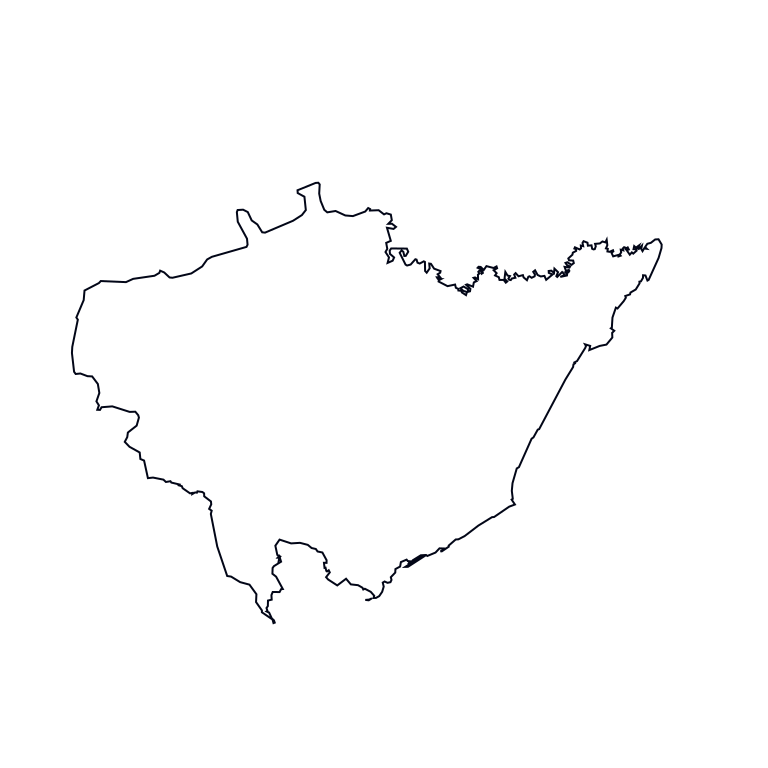 the district of Aceh Timur, Aceh, Indonesia, rotated 78°
{"feature_id": "22746128B94735591859977", "entity_name": "Aceh Timur", "entity_type": "district", "adm_level": 2, "iso_a3": "IDN", "parent_name": "Indonesia", "parent_adm1": "Aceh", "projection": "albers", "projection_center": [97.761, 4.703], "detail": "fine", "context": "isolated", "style": "outline", "palette": "ink", "viewbox_px": 768, "rotation_deg": 78, "n_neighbors": 0, "source": "geoboundaries", "source_scale": "gbopen_adm2", "svg_char_len": 6161}
<svg xmlns="http://www.w3.org/2000/svg" viewBox="0 0 768 768"><g transform="rotate(78 384 384)"><path d="M594.9,541.8L594.7,540.5L592.3,540.8L589.9,542.5L583.7,543.9L582.0,546.2L581.6,545.2L578.7,545.5L577.1,543.8L571.7,542.5L571.6,538.7L567.1,538.0L564.3,536.1L565.8,529.4L563.3,527.3L563.5,525.6L550.0,529.6L546.4,532.6L540.8,531.2L539.3,529.6L536.4,521.6L533.6,521.9L534.8,523.6L532.2,522.5L531.8,524.1L530.5,522.3L532.0,522.1L531.2,521.3L529.0,523.9L519.6,523.9L514.5,518.5L520.6,508.0L521.9,499.2L525.5,492.0L529.4,488.9L531.2,485.0L534.0,483.8L536.0,479.3L544.4,476.8L547.0,477.4L546.4,479.9L551.5,480.4L551.5,479.4L554.8,479.3L555.5,478.7L554.7,476.8L557.0,476.2L560.9,480.8L563.6,479.3L571.3,471.6L566.6,461.6L573.1,458.1L575.4,451.2L578.8,447.4L580.7,447.0L580.3,445.3L584.5,440.2L589.1,437.6L591.1,438.8L591.6,436.4L590.5,432.8L586.9,429.0L582.1,426.4L578.0,426.5L577.3,424.5L579.2,421.9L579.2,418.9L577.2,417.4L574.4,417.5L570.8,412.2L567.4,411.3L565.9,406.2L561.7,404.5L560.5,398.4L562.1,397.6L563.4,393.7L562.4,392.5L559.2,383.6L560.0,378.4L561.2,377.4L559.6,368.7L556.3,363.9L557.7,358.2L559.5,363.6L559.7,362.2L556.6,354.5L555.5,354.3L551.0,346.2L551.4,343.5L549.5,336.7L542.1,321.1L536.7,306.0L537.0,304.0L530.0,287.0L529.1,281.0L523.6,283.2L523.1,281.9L515.1,281.2L507.7,278.9L494.2,271.7L493.4,269.3L468.2,251.0L467.3,248.9L460.6,243.1L460.4,241.6L417.3,205.6L406.7,195.5L404.2,194.6L403.5,192.9L402.5,193.3L401.7,190.4L390.6,179.7L388.8,178.5L387.0,179.1L389.6,174.4L393.5,176.1L391.6,165.1L391.7,158.2L386.0,151.0L381.4,150.2L379.8,147.7L376.7,150.5L376.2,149.4L366.5,146.7L357.5,141.3L358.7,139.9L352.7,132.2L349.9,129.5L348.1,129.7L347.5,124.7L345.8,123.9L343.9,118.1L338.7,113.1L337.0,112.9L337.0,111.3L334.0,108.6L331.5,108.0L332.2,105.7L337.6,104.8L337.2,103.5L317.8,89.2L308.7,84.3L305.3,83.4L299.5,85.4L299.0,88.7L301.4,93.6L301.6,97.3L304.4,100.2L306.4,98.8L305.5,101.4L307.8,103.5L305.4,104.3L302.3,103.0L304.9,106.7L304.2,107.7L301.4,105.6L303.0,109.2L301.1,110.6L304.0,111.9L304.7,109.5L306.1,109.2L308.3,113.1L306.8,114.2L308.6,116.7L303.6,118.8L303.3,116.6L301.1,117.2L302.7,120.4L301.3,118.8L300.1,120.7L301.2,122.4L303.0,122.2L301.9,124.5L304.7,124.7L306.4,126.6L307.7,125.9L308.0,128.2L306.5,128.2L306.8,133.3L302.9,134.2L302.0,132.1L300.8,132.2L301.6,135.9L300.8,137.9L298.3,137.0L297.5,138.7L294.7,136.7L289.2,136.2L291.5,138.0L290.0,140.7L291.4,143.7L290.8,148.4L293.3,148.2L295.9,149.8L295.9,151.1L295.0,152.3L291.5,152.2L291.1,155.8L288.1,155.6L285.8,159.1L287.3,160.5L290.6,160.5L289.5,162.7L292.3,163.1L293.1,164.6L290.0,168.8L291.1,169.6L292.1,168.1L293.8,168.4L294.8,172.0L296.7,172.8L299.5,177.6L301.5,177.3L302.6,173.3L305.2,173.2L306.4,175.7L303.0,179.4L303.3,181.3L305.8,180.3L307.7,177.5L308.7,178.4L307.0,183.0L311.1,182.5L310.9,179.5L311.9,179.2L313.1,180.4L312.6,183.2L314.5,182.0L315.9,182.5L315.9,189.3L314.9,184.4L311.5,186.5L315.3,192.3L314.3,193.0L310.8,190.5L306.6,193.3L310.7,194.6L307.9,196.8L307.7,199.4L309.6,199.7L311.9,196.3L315.8,203.7L311.6,204.6L311.4,208.3L309.3,211.1L304.2,212.6L305.3,214.7L308.4,213.6L310.0,214.3L310.8,217.5L308.9,219.3L309.1,220.5L312.2,222.6L308.7,225.3L306.4,225.5L306.6,230.0L302.9,232.2L304.0,233.9L307.4,233.4L307.4,237.0L308.7,238.4L308.0,240.0L306.8,240.4L304.6,238.4L303.6,240.6L299.6,242.0L306.0,244.2L309.3,242.1L310.2,243.8L307.1,245.3L306.2,249.4L303.4,249.5L300.9,252.8L299.0,250.8L295.5,253.1L294.3,249.3L292.4,249.5L293.3,252.7L290.0,259.3L293.2,262.7L289.6,265.1L289.0,267.1L289.8,268.2L292.4,264.6L295.9,264.2L296.4,265.5L293.3,265.6L293.1,267.3L293.9,268.4L295.7,267.7L296.6,269.4L301.0,270.2L298.7,272.8L298.8,274.3L302.6,272.0L303.3,275.0L307.3,276.7L303.8,281.9L304.0,283.1L308.9,279.7L311.2,280.6L311.3,282.5L308.7,282.2L305.2,285.9L306.2,289.4L309.5,286.9L311.2,283.7L314.1,285.3L310.6,288.8L308.9,289.0L308.0,291.8L306.4,291.6L304.8,293.7L301.5,293.8L301.5,301.5L295.1,309.3L293.9,308.8L293.2,306.3L292.3,309.5L290.6,310.1L291.1,307.0L287.8,308.7L286.8,305.9L285.3,305.2L281.6,311.0L276.2,313.1L275.6,314.7L280.4,315.3L284.0,319.1L282.0,320.3L273.1,318.6L272.3,319.6L273.6,324.0L272.3,326.0L269.1,326.3L268.5,327.4L272.7,333.1L272.9,336.8L271.7,338.1L258.9,341.4L257.0,339.0L258.7,337.6L263.0,337.5L263.2,336.1L259.7,332.8L256.3,333.5L252.9,348.8L254.7,350.7L258.0,351.1L262.3,347.8L265.2,349.9L266.3,355.3L261.2,352.8L255.2,355.1L252.5,352.7L246.4,352.5L245.4,347.6L231.8,348.6L234.3,342.4L232.8,339.6L228.9,342.9L228.2,346.5L225.4,342.3L219.7,342.1L217.5,346.1L218.1,348.7L212.9,353.1L211.4,361.7L210.0,361.2L208.6,362.9L211.4,366.5L213.3,379.5L211.1,386.8L204.7,395.4L204.3,403.8L201.2,406.2L191.8,407.9L184.3,407.8L175.4,405.4L173.5,406.4L173.1,409.1L176.5,428.3L179.3,428.7L184.3,422.9L197.6,424.3L201.7,429.2L205.4,439.0L211.2,468.9L210.3,471.6L201.6,474.7L196.5,479.4L187.5,481.5L184.2,485.6L183.4,491.0L185.3,492.2L194.9,493.3L213.4,487.8L219.4,488.5L221.3,490.0L223.8,525.9L225.4,531.1L231.2,537.4L235.8,549.5L236.1,568.8L235.2,571.6L229.2,575.8L226.6,579.4L228.6,580.6L230.4,586.0L229.0,607.5L230.7,615.2L224.4,639.6L226.0,641.9L230.3,657.5L239.5,660.3L255.0,671.1L257.4,670.1L282.9,681.2L288.8,682.8L307.6,684.6L310.1,683.5L310.6,678.8L314.7,672.4L315.9,667.9L324.5,663.9L333.6,664.3L341.2,668.9L345.6,667.3L349.6,669.8L350.3,667.2L348.0,665.1L349.4,654.4L358.4,638.6L359.4,633.0L363.4,630.9L365.9,630.7L373.3,634.6L378.2,644.6L382.6,646.2L386.7,649.6L392.5,646.0L400.2,637.2L406.7,637.9L409.0,634.6L427.0,634.5L427.5,629.4L431.7,619.6L434.5,617.7L434.7,613.1L436.2,612.5L439.8,604.9L440.5,605.7L441.9,603.0L444.1,602.6L450.6,596.5L450.7,594.0L451.8,594.4L450.8,591.3L451.4,589.6L450.2,588.8L451.9,584.1L453.5,582.7L456.5,583.2L462.9,577.7L465.8,578.0L469.8,581.0L472.1,578.9L475.1,580.4L508.3,580.9L539.2,577.3L540.6,573.6L547.9,565.9L552.3,557.3L563.1,552.5L570.7,554.5L580.1,550.5L581.9,550.9L591.2,542.0L594.9,541.8ZM567.8,398.6L560.1,378.4L560.5,385.5L561.5,385.3L567.3,401.2L567.8,398.6ZM591.3,447.2L592.4,443.9L591.1,440.4L591.8,443.4L591.3,447.2ZM564.2,396.8L564.4,395.0L563.7,394.1L563.4,396.1L564.2,396.8ZM563.6,392.7L563.3,391.5L562.5,390.6L562.4,391.6L563.6,392.7Z" fill="none" stroke="#020617" stroke-width="2"/></g></svg>